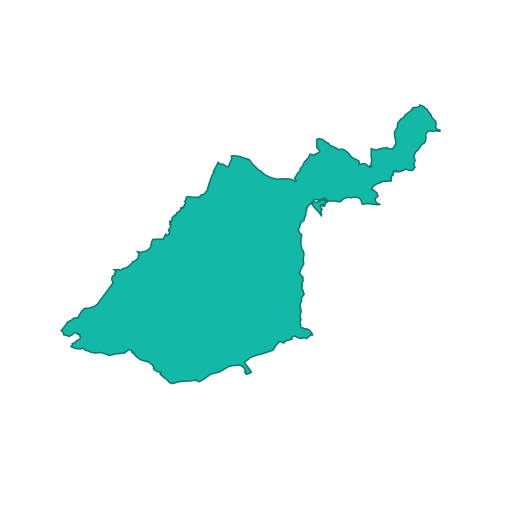 the district of Jichisu De Jos, Cluj, Romania, rotated 168°
{"feature_id": "2599482B10941499312276", "entity_name": "Jichisu De Jos", "entity_type": "district", "adm_level": 2, "iso_a3": "ROU", "parent_name": "Romania", "parent_adm1": "Cluj", "projection": "natural_earth1", "projection_center": [23.756, 47.117], "detail": "fine", "context": "isolated", "style": "filled", "palette": "teal", "viewbox_px": 512, "rotation_deg": 168, "n_neighbors": 0, "source": "geoboundaries", "source_scale": "gbopen_adm2", "svg_char_len": 6103}
<svg xmlns="http://www.w3.org/2000/svg" viewBox="0 0 512 512"><g transform="rotate(168 256 256)"><path d="M259.4,358.9L259.2,357.4L259.5,356.3L264.5,349.0L266.5,349.8L268.1,351.4L268.3,352.2L273.0,353.9L273.1,355.5L273.5,355.5L280.1,347.4L279.4,346.9L279.6,346.1L280.7,345.8L282.7,343.4L287.8,334.9L288.8,332.5L289.4,333.2L289.1,332.1L289.8,330.1L290.9,330.1L291.6,329.0L293.4,327.5L294.8,327.1L296.6,327.3L299.6,325.3L304.5,326.3L310.6,328.4L312.1,327.8L312.6,325.9L314.5,324.0L313.8,323.5L314.2,321.5L315.3,321.3L315.6,320.4L316.4,319.5L316.6,318.5L317.7,318.1L318.0,318.9L319.3,318.6L318.9,318.0L319.8,318.0L320.0,316.7L324.9,314.4L325.0,313.2L326.6,312.8L326.6,312.3L327.7,312.6L328.3,311.7L330.0,311.1L330.6,308.8L331.5,308.2L331.5,307.4L332.4,307.1L333.0,307.9L333.3,307.7L333.4,306.5L332.9,306.2L333.6,305.1L332.9,305.1L332.6,304.3L333.4,303.5L333.3,302.6L333.7,301.8L336.3,299.6L336.2,298.7L335.9,298.3L335.6,298.9L335.4,298.4L336.0,296.1L336.5,295.9L336.3,295.3L338.8,294.6L339.6,296.3L341.8,293.8L342.7,291.8L353.3,293.7L355.3,291.3L357.1,286.7L359.5,284.9L362.2,283.8L367.7,283.5L371.1,284.9L370.3,283.0L370.2,281.2L371.1,280.5L371.3,279.4L372.4,277.9L376.5,275.9L378.0,276.0L378.2,275.4L380.4,273.7L384.4,271.7L386.2,271.0L387.2,271.6L391.9,270.2L392.8,271.1L397.6,272.0L396.3,269.9L397.9,268.2L397.4,267.3L400.5,266.1L401.9,263.8L401.6,259.2L421.2,241.9L424.1,240.5L429.9,239.7L434.7,240.4L437.9,238.4L441.9,234.2L442.6,232.7L447.3,233.0L448.9,232.0L454.4,230.4L455.6,228.8L462.1,223.4L461.4,222.9L460.4,220.9L460.6,219.3L460.3,218.7L457.4,217.6L455.6,216.1L451.8,217.3L449.9,218.5L448.3,218.5L445.9,215.8L444.8,216.4L444.4,215.7L444.9,214.2L444.6,213.1L445.7,211.4L450.2,209.8L451.6,208.5L453.9,208.6L453.7,207.7L455.8,205.9L453.2,203.9L450.4,202.5L448.2,202.2L447.4,201.4L444.2,201.9L443.0,199.7L438.9,197.4L438.3,196.6L433.8,194.6L428.1,193.9L424.9,192.3L420.1,189.1L413.3,189.5L411.6,189.0L407.6,189.0L405.2,188.3L400.0,190.8L397.7,189.9L397.2,187.3L396.5,187.4L396.0,185.7L395.2,185.5L395.2,184.7L393.6,182.0L390.7,178.7L384.5,175.2L383.9,175.4L380.0,171.2L379.8,169.9L379.0,168.4L379.7,167.1L379.3,166.1L376.6,163.4L373.1,161.7L372.9,161.4L374.4,160.3L368.1,152.4L367.3,150.4L364.3,148.6L356.3,149.0L345.0,147.3L341.6,147.2L340.1,146.7L338.5,145.1L337.1,145.0L330.7,147.1L325.2,149.8L315.3,150.2L306.5,153.4L302.0,153.7L296.1,152.8L295.1,153.1L292.2,150.7L290.6,148.4L290.7,147.7L290.2,145.7L291.7,144.3L290.5,144.8L290.2,142.3L287.5,142.4L284.6,143.4L289.5,154.4L282.7,157.8L274.6,159.1L271.8,158.8L259.2,160.3L256.9,162.3L257.2,162.7L256.9,163.0L250.9,167.4L249.2,166.8L247.4,165.3L246.6,165.2L246.0,166.0L243.9,166.9L238.3,167.1L238.0,167.4L238.1,169.0L235.9,169.7L234.7,169.6L230.3,166.2L225.4,165.9L224.2,165.4L223.9,164.7L219.5,167.1L217.3,167.0L217.6,167.9L217.1,168.0L218.2,170.0L218.5,171.5L219.7,172.9L221.2,174.0L223.5,174.6L225.5,176.2L226.9,176.4L227.1,178.5L226.4,179.3L227.0,180.8L226.2,182.9L225.3,184.1L225.7,184.9L225.1,185.5L225.4,187.1L225.1,189.3L223.4,192.1L223.1,195.1L223.6,195.7L223.7,196.7L223.1,197.7L222.9,199.7L220.5,203.0L220.5,204.5L220.1,205.6L216.8,208.7L217.4,213.4L218.1,215.2L217.2,216.2L217.3,217.5L216.5,218.3L216.7,219.7L214.9,222.3L214.9,224.2L214.4,225.2L217.2,230.2L215.5,232.2L215.0,233.9L211.0,238.0L210.3,243.7L208.6,247.8L208.8,251.4L209.7,253.0L209.7,257.5L208.5,263.4L206.9,266.7L207.0,267.7L208.1,268.6L208.7,270.2L209.1,273.4L207.8,274.3L206.0,277.9L204.7,279.6L203.6,280.3L201.7,280.6L200.9,282.7L198.7,285.9L198.2,288.3L196.4,291.4L197.0,292.3L195.7,292.9L193.7,294.9L191.0,295.6L190.7,297.1L189.8,296.7L189.8,293.2L184.9,284.7L183.8,281.9L183.1,282.9L183.6,285.4L182.6,286.3L182.5,287.6L181.7,287.9L182.6,289.3L182.5,290.6L182.9,291.1L182.6,292.3L181.3,293.1L180.7,292.4L180.7,291.7L179.9,292.3L179.6,292.2L179.9,290.7L179.4,290.5L178.0,291.2L177.0,293.7L175.3,294.0L178.3,296.9L180.0,297.1L185.7,295.9L187.7,296.6L188.6,298.0L187.8,298.8L184.9,298.6L182.7,297.6L176.6,298.3L176.8,297.7L176.3,296.7L175.7,296.7L175.1,296.0L175.2,295.6L173.9,294.8L166.9,293.2L163.8,291.8L161.8,291.7L158.2,294.0L156.8,293.8L155.2,294.3L152.9,294.0L150.9,293.1L148.7,293.3L145.9,292.7L143.6,291.7L142.4,290.3L141.7,288.7L141.2,284.5L136.0,284.1L127.2,281.1L124.5,280.7L124.2,280.8L127.2,283.0L127.7,286.2L127.4,287.4L124.1,289.3L124.5,290.1L124.5,292.4L127.2,295.9L129.1,297.2L126.6,300.0L122.5,301.5L118.5,301.9L116.9,302.6L112.1,301.8L110.0,301.9L108.8,300.9L107.8,301.9L107.5,303.9L107.8,304.7L106.5,305.9L105.7,307.9L105.9,306.6L105.4,306.5L104.1,308.9L104.2,310.1L102.8,310.5L101.7,310.2L103.4,309.6L100.9,310.1L100.7,308.9L96.1,308.5L95.7,309.3L93.8,308.9L91.7,310.1L88.3,307.9L85.9,307.2L84.6,307.5L82.0,309.8L82.6,313.3L80.4,316.5L80.9,319.6L80.6,321.1L78.6,324.1L75.1,326.3L70.8,330.6L68.1,331.3L66.6,332.5L65.1,336.5L64.8,339.1L64.2,340.4L62.5,341.7L60.6,342.4L57.2,341.2L53.8,341.0L50.3,339.7L49.9,340.3L49.9,340.9L52.2,342.0L53.0,343.1L53.6,344.9L52.7,346.3L52.7,347.6L52.2,348.7L52.3,350.3L55.3,355.3L55.4,357.7L57.3,361.2L58.1,364.0L59.4,364.6L60.5,366.9L64.2,369.7L65.7,368.1L68.3,367.9L71.3,368.6L72.9,367.4L72.9,366.5L80.5,363.1L83.4,360.3L85.7,360.0L89.8,356.5L91.3,352.0L93.5,350.1L94.8,348.2L95.4,345.4L95.5,338.1L95.9,336.6L100.0,332.4L104.2,333.2L104.5,334.2L105.8,335.0L106.5,334.5L109.2,335.2L114.0,335.0L116.1,334.4L121.0,337.0L123.0,328.0L122.5,326.3L124.4,322.4L124.4,319.3L125.6,319.3L126.0,320.5L126.9,319.3L127.8,320.5L128.1,321.4L130.6,324.0L136.1,324.0L135.5,326.1L135.7,327.7L141.6,332.4L144.4,337.7L147.7,341.5L149.2,342.5L153.8,343.1L154.5,344.3L157.9,347.1L160.3,348.5L161.8,351.2L164.8,353.7L166.3,356.0L170.5,357.9L172.6,357.1L172.9,353.6L173.7,351.3L173.9,349.0L173.1,348.4L173.1,347.7L172.0,346.0L171.9,344.9L173.3,344.0L176.8,343.4L177.9,342.6L181.9,344.4L184.7,340.8L189.0,338.0L192.6,333.4L194.5,332.6L194.8,330.4L197.4,328.9L202.1,324.0L201.1,321.4L202.1,320.7L203.7,322.4L207.3,324.4L212.9,325.8L219.5,326.8L224.6,329.2L230.6,333.7L233.9,338.4L235.2,339.1L240.4,346.8L242.3,351.3L243.1,352.1L249.3,355.3L250.4,356.4L256.8,358.7L259.4,358.9Z" fill="#14b8a6" stroke="#0f766e" stroke-width="1.5"/></g></svg>